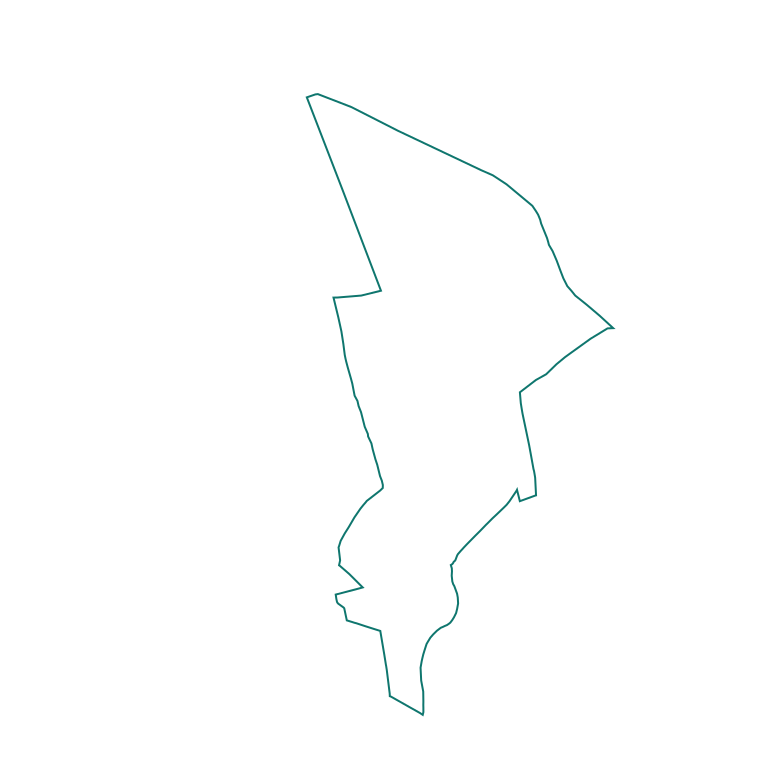 the district of San Lorenzo Axocomanitla, Tlaxcala, Mexico, rotated 131°
{"feature_id": "50627088B69259006758588", "entity_name": "San Lorenzo Axocomanitla", "entity_type": "district", "adm_level": 2, "iso_a3": "MEX", "parent_name": "Mexico", "parent_adm1": "Tlaxcala", "projection": "albers", "projection_center": [-98.255, 19.215], "detail": "fine", "context": "isolated", "style": "outline", "palette": "teal", "viewbox_px": 768, "rotation_deg": 131, "n_neighbors": 0, "source": "geoboundaries", "source_scale": "gbopen_adm2", "svg_char_len": 2506}
<svg xmlns="http://www.w3.org/2000/svg" viewBox="0 0 768 768"><g transform="rotate(131 384 384)"><path d="M155.1,438.8L158.9,451.0L183.7,539.5L196.4,590.3L208.6,624.1L210.5,625.8L218.3,630.3L265.2,541.7L315.6,447.5L332.2,459.2L349.5,476.1L351.9,478.8L363.6,462.3L372.3,450.6L380.4,441.0L387.8,432.7L390.1,429.7L391.7,427.5L395.3,422.2L401.6,412.5L404.5,408.2L412.1,398.5L414.2,392.9L417.3,388.7L420.3,382.9L428.9,370.5L432.3,363.4L434.0,361.6L437.1,354.5L440.7,349.7L446.5,341.0L449.4,336.1L456.1,326.6L458.4,322.2L461.0,318.6L463.3,316.7L466.9,317.0L472.5,318.1L475.5,318.7L483.6,320.3L485.2,320.2L488.6,320.2L493.6,320.0L496.2,319.7L504.1,318.8L515.2,316.7L522.5,315.6L530.8,313.8L536.0,311.5L537.1,311.1L545.9,301.4L550.3,299.0L550.2,297.8L550.2,294.5L550.2,285.4L551.5,266.6L552.4,267.2L555.0,268.9L574.6,282.3L577.5,278.9L579.3,276.5L579.7,275.3L579.8,274.3L579.2,267.7L579.4,266.8L586.8,257.0L586.0,255.2L584.9,252.7L584.7,252.3L583.6,249.7L582.7,247.9L579.1,239.3L575.6,231.2L572.8,224.8L588.0,206.3L594.7,198.3L595.3,197.5L598.0,194.3L613.9,176.6L615.8,174.8L615.4,173.8L614.9,171.4L614.1,167.4L611.2,153.1L608.7,141.0L608.3,137.7L605.8,139.0L602.6,141.8L600.4,143.8L598.0,145.8L590.4,152.6L583.4,161.4L574.1,170.3L568.3,173.8L565.3,175.4L562.4,176.9L558.6,178.6L552.3,181.3L549.7,181.8L545.0,182.6L540.7,182.6L535.5,182.2L530.7,181.2L528.7,180.2L526.8,179.4L524.6,178.3L522.3,177.7L520.6,177.4L517.5,177.6L514.3,178.1L509.6,179.3L505.7,181.3L501.0,184.1L496.7,188.3L494.3,191.3L490.7,197.8L490.3,198.6L489.7,200.4L488.2,202.9L486.6,204.6L484.3,207.1L480.8,209.8L478.6,211.9L476.8,214.8L475.1,214.3L473.7,214.4L472.7,214.7L472.1,214.7L471.1,214.5L470.0,214.6L465.4,216.3L463.9,216.6L459.8,216.6L456.9,216.5L455.2,216.5L450.6,216.3L439.0,215.6L432.3,215.1L428.5,214.9L422.7,214.6L421.9,214.5L414.3,214.0L407.5,213.3L398.8,212.5L394.8,212.2L390.1,212.4L385.2,213.0L380.3,213.6L377.4,214.0L376.6,214.2L377.1,213.5L383.3,204.6L368.7,196.5L368.3,196.2L360.7,203.5L355.6,208.4L354.0,210.3L351.3,213.6L350.1,215.4L340.8,227.0L334.9,234.4L326.1,246.0L315.8,259.6L315.0,260.6L312.3,263.9L308.7,268.2L301.4,275.7L301.1,276.0L281.4,272.0L270.2,268.0L255.9,266.8L245.0,265.0L236.8,263.1L214.3,257.8L195.4,251.8L191.5,247.7L191.0,265.6L191.2,283.3L191.8,297.7L190.7,303.7L189.9,309.8L186.6,317.9L182.9,324.9L177.7,334.4L173.1,343.9L170.8,350.8L169.0,353.4L166.9,356.7L159.8,370.7L157.5,374.0L155.1,378.8L153.8,382.9L152.2,388.9L152.9,422.5L155.1,438.8Z" fill="none" stroke="#0f766e" stroke-width="2"/></g></svg>